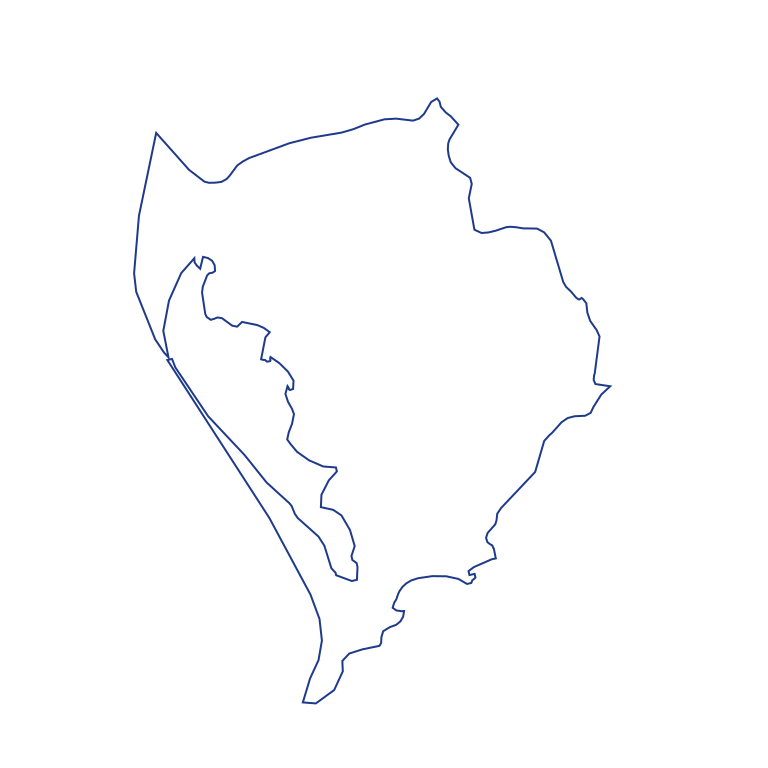 outline of Kafr ash Shaykh, rotated 257°
{"feature_id": "EGY-1547", "entity_name": "Kafr ash Shaykh", "entity_type": "Governorate", "adm_level": 1, "iso_a3": "EGY", "parent_name": "Egypt", "parent_adm1": "", "projection": "robinson", "projection_center": [30.841, 31.295], "detail": "fine", "context": "isolated", "style": "outline", "palette": "blue", "viewbox_px": 768, "rotation_deg": 257, "n_neighbors": 0, "source": "natural_earth", "source_scale": "10m", "svg_char_len": 2947}
<svg xmlns="http://www.w3.org/2000/svg" viewBox="0 0 768 768"><g transform="rotate(257 384 384)"><path d="M113.4,279.3L97.0,266.6L88.1,245.7L92.0,233.3L113.7,245.7L129.7,258.1L148.0,265.8L169.5,268.3L195.3,265.0L279.1,242.2L456.1,178.3L456.1,183.1L447.1,184.4L392.1,205.4L346.1,232.2L314.5,247.4L289.1,265.0L285.8,266.6L277.6,267.9L272.8,269.8L250.2,285.8L239.9,289.5L216.2,291.3L211.1,294.3L208.4,294.4L199.3,308.3L199.3,313.6L211.6,317.0L215.8,317.0L219.6,313.6L223.7,313.6L232.7,319.0L249.4,318.0L265.5,313.0L272.8,306.2L278.2,294.8L290.1,298.1L302.6,308.6L309.4,318.4L313.5,318.4L317.3,306.2L326.5,293.8L337.5,284.0L346.4,279.5L351.7,277.2L358.3,280.3L366.0,285.5L374.9,289.5L380.5,288.8L388.1,286.5L396.5,285.7L403.6,289.5L401.8,290.2L400.1,290.2L399.3,291.0L399.6,294.3L407.6,296.6L417.7,293.2L427.9,286.7L435.8,279.5L434.3,278.7L432.8,278.8L431.9,278.2L432.1,275.0L434.2,273.5L434.4,272.9L434.5,272.1L435.7,269.8L456.1,278.9L460.2,284.3L465.7,279.5L469.8,274.0L476.4,259.7L472.9,253.8L475.0,249.2L484.6,240.9L486.3,236.6L485.7,233.0L485.5,229.7L489.0,226.4L492.4,225.6L514.1,227.3L519.7,229.4L529.6,236.1L531.2,238.7L531.0,242.0L532.1,244.8L537.8,245.7L542.6,244.3L546.2,241.0L548.6,236.3L537.7,230.8L541.6,228.2L545.2,226.8L549.2,227.5L537.7,211.4L513.7,193.3L485.4,180.9L458.5,180.0L464.2,176.7L479.0,171.1L529.6,163.3L548.1,165.4L603.1,183.1L679.9,218.5L636.4,242.3L621.5,254.6L619.4,258.8L618.1,265.0L617.5,271.0L619.1,276.8L621.7,280.5L630.0,290.2L632.6,296.6L634.5,303.4L639.9,346.0L640.4,368.1L638.5,399.4L639.2,411.6L641.1,423.6L641.8,444.0L639.8,455.6L634.1,471.5L634.7,477.9L638.1,483.7L648.2,493.4L650.3,499.9L646.7,501.6L641.3,501.7L634.6,505.3L629.8,509.3L619.9,514.8L607.6,502.9L604.0,500.7L598.3,499.0L591.9,498.4L585.1,498.9L578.2,502.2L565.5,514.3L559.2,514.5L545.9,508.4L514.0,506.8L509.2,513.0L508.2,519.6L508.2,526.8L509.3,538.4L508.8,542.4L507.0,548.1L504.4,554.4L501.0,568.1L495.7,574.2L486.0,578.9L443.0,581.6L437.8,583.2L432.0,587.0L425.3,590.4L423.0,592.2L422.4,593.3L423.4,595.9L421.8,597.1L417.2,599.3L407.8,598.2L399.1,599.1L388.8,603.3L381.8,604.7L346.6,591.6L345.1,590.6L340.7,589.2L336.4,590.0L330.9,603.9L324.8,593.3L314.6,583.0L309.4,578.9L307.8,572.9L309.7,562.5L309.5,555.3L306.8,548.4L298.6,536.8L296.9,533.6L292.5,527.3L264.3,511.5L236.9,470.3L232.2,465.2L225.7,462.9L222.2,460.8L215.6,451.5L211.1,448.8L206.6,449.2L204.2,451.2L202.3,453.2L199.3,453.7L199.1,454.0L188.9,453.7L189.0,449.6L185.4,430.4L182.7,424.3L178.6,424.3L178.6,429.6L174.9,429.6L173.5,427.4L173.3,426.6L172.9,425.9L170.5,424.3L170.5,419.9L177.3,412.7L182.6,401.5L185.9,388.0L187.1,373.7L186.5,366.4L184.7,360.8L182.1,356.3L178.7,352.5L176.3,350.6L171.3,347.5L168.7,344.8L164.0,342.1L160.6,345.1L158.7,349.9L158.3,352.5L153.0,350.3L149.1,346.7L146.6,341.7L145.8,335.0L143.3,327.6L137.9,324.5L132.4,323.0L129.9,320.7L130.3,303.2L129.2,289.5L123.5,281.1L113.7,279.3L113.4,279.3Z" fill="none" stroke="#1e3a8a" stroke-width="2"/></g></svg>